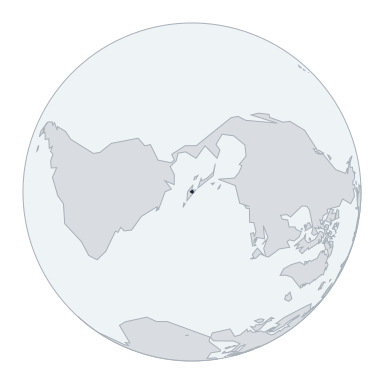 the Earth from above Centre, rotated 114°
{"feature_id": "HTI-1385", "entity_name": "Centre", "entity_type": "Department", "adm_level": 1, "iso_a3": "HTI", "parent_name": "Haiti", "parent_adm1": "", "projection": "orthographic", "projection_center": [-71.937, 19.008], "detail": "fine", "context": "on_globe", "style": "filled", "palette": "slate", "viewbox_px": 384, "rotation_deg": 114, "n_neighbors": 0, "source": "natural_earth", "source_scale": "10m", "svg_char_len": 9427}
<svg xmlns="http://www.w3.org/2000/svg" viewBox="0 0 384 384"><g transform="rotate(114 192 192)"><circle cx="192" cy="192" r="169" fill="#eef3f6" stroke="#a8b0b8"/><path d="M173.8,223.0L169.9,221.1L165.9,225.9L152.5,217.1L147.9,206.9L108.0,186.4L104.2,180.6L104.7,172.2L94.4,142.1L97.5,169.2L92.9,163.3L89.8,153.2L92.3,151.4L91.2,137.3L87.6,131.2L89.8,114.2L102.3,95.2L103.1,98.7L106.0,94.2L105.2,89.6L104.1,87.8L113.1,69.9L112.5,59.3L106.7,59.9L112.4,57.1L97.7,61.5L93.8,60.5L101.6,59.3L105.1,57.6L104.2,55.5L107.5,53.4L109.0,51.3L113.0,49.1L117.3,49.2L120.0,47.9L119.2,46.6L122.8,44.0L123.6,46.0L129.9,41.8L138.2,42.3L137.1,51.5L145.1,51.7L152.9,61.5L155.7,59.4L160.3,62.5L165.2,61.4L165.3,64.0L169.1,61.0L168.1,58.9L169.5,56.9L172.2,56.3L172.8,59.3L171.5,60.1L173.1,60.6L172.2,62.5L174.2,61.2L174.6,65.3L178.4,60.4L182.1,63.0L181.2,65.9L175.9,66.7L160.8,77.2L158.3,81.3L160.1,85.9L174.7,91.8L174.1,96.3L177.3,101.6L180.1,98.4L178.6,93.2L184.5,89.0L182.0,83.7L184.0,81.4L183.6,76.0L189.4,75.8L195.3,78.8L196.0,83.5L198.7,85.1L202.7,80.2L208.5,89.1L220.2,95.6L221.0,98.3L214.3,103.6L202.4,104.3L193.7,113.2L205.2,106.7L207.2,114.4L210.0,115.6L213.3,115.0L214.8,111.9L216.7,114.7L206.0,121.6L204.1,119.2L207.5,116.8L202.0,117.5L194.8,123.0L196.3,127.0L183.8,132.8L184.8,135.8L182.6,139.1L181.9,133.7L182.9,143.8L168.5,155.0L169.6,173.2L162.1,159.0L155.6,157.1L147.7,157.1L147.7,160.0L137.2,157.2L127.6,162.7L123.7,176.8L127.0,188.0L138.7,189.4L142.4,183.5L151.0,182.8L144.5,198.9L159.6,202.0L157.9,214.1L162.2,220.5L169.9,219.1L177.7,222.2L183.4,215.2L192.5,211.3L192.7,221.2L197.7,212.1L202.8,216.7L221.0,215.5L219.6,217.9L234.9,228.3L251.3,231.7L255.2,238.2L253.2,242.7L258.9,243.2L259.0,246.0L281.3,246.6L292.5,251.1L292.0,260.5L282.3,272.9L272.7,295.4L255.0,304.7L250.0,313.1L235.4,325.4L224.8,325.5L227.3,330.4L221.0,333.8L214.0,334.4L212.4,337.8L207.1,338.1L210.3,340.1L201.6,344.5L203.7,347.5L197.2,350.5L198.8,352.0L196.5,352.0L193.9,352.6L193.6,353.4L186.6,352.0L184.9,348.2L187.6,346.3L184.5,345.9L190.3,340.3L186.9,341.5L188.1,332.3L193.2,324.1L196.9,297.8L193.3,292.2L180.4,285.5L164.8,263.1L169.0,253.9L165.6,249.3L176.7,236.0L173.8,223.0ZM33.1,145.9L34.4,142.1L34.0,145.1L33.1,145.9ZM35.0,139.5L34.5,140.8L34.8,139.6L35.0,139.5ZM35.0,138.4L35.0,139.2L34.9,138.6L35.0,138.4ZM34.9,137.3L35.0,137.7L35.0,137.8L34.9,137.3ZM168.5,179.3L185.8,188.2L175.9,189.2L177.8,187.6L173.4,184.0L165.3,180.6L156.6,182.2L168.5,179.3ZM35.4,134.7L35.5,133.9L35.4,134.7ZM176.5,169.5L173.5,168.8L176.5,168.7L176.5,169.5ZM103.0,87.5L104.9,89.9L104.3,95.0L102.3,93.2L103.0,87.5ZM104.6,78.6L106.4,78.8L103.0,83.1L103.0,81.6L104.6,78.6ZM101.9,61.1L102.8,62.2L100.7,61.9L101.9,61.1ZM108.4,51.5L107.1,51.9L108.5,50.7L108.4,51.5ZM180.4,76.5L181.9,76.2L181.2,77.3L180.4,76.5ZM178.7,74.5L176.8,76.0L175.7,75.3L176.9,74.3L178.7,74.5ZM115.9,46.4L118.4,44.6L116.6,46.4L115.9,46.4ZM181.4,72.9L174.0,73.8L172.2,72.6L175.3,68.3L181.4,72.9ZM120.4,43.5L126.5,39.5L124.1,40.0L134.3,36.8L125.8,40.9L123.9,43.0L123.0,42.5L120.4,43.5ZM166.6,58.5L167.8,60.7L164.2,59.6L166.6,58.5ZM164.0,58.3L151.1,58.4L150.8,55.2L155.1,55.6L152.6,52.2L158.8,50.5L161.5,52.0L160.5,54.3L163.6,52.0L164.0,58.3ZM139.0,35.9L141.1,35.1L139.8,35.9L139.0,35.9ZM169.7,56.1L167.2,56.3L166.7,53.4L171.7,52.5L170.2,53.7L169.7,56.1ZM148.9,52.3L149.5,50.3L154.6,48.2L155.5,47.2L158.9,50.2L148.9,52.3ZM171.8,54.0L174.3,52.2L177.0,53.1L172.2,55.8L171.8,54.0ZM164.4,53.0L164.4,51.7L166.1,52.1L164.4,53.0ZM188.2,55.6L185.2,55.5L184.7,53.9L188.2,55.6ZM175.0,51.5L174.1,51.3L173.5,50.7L175.7,49.8L175.0,51.5ZM162.2,48.7L164.3,48.4L161.1,47.3L164.8,46.0L166.4,48.4L167.3,46.8L168.4,46.4L168.5,48.8L162.2,48.7ZM176.2,47.3L179.5,50.3L185.3,50.6L186.0,51.9L176.5,51.3L176.2,47.3ZM171.7,48.0L174.6,47.8L173.9,49.4L171.4,50.4L171.7,48.0ZM166.8,44.4L160.7,45.8L160.5,45.2L166.8,44.4ZM178.1,47.1L177.2,46.4L178.6,46.9L178.1,47.1ZM170.4,44.8L168.3,45.3L168.2,44.6L170.4,44.8ZM177.4,44.7L178.4,45.6L176.8,46.3L177.4,44.7ZM174.3,44.5L174.7,43.5L175.5,46.0L173.3,44.8L174.3,44.5ZM170.7,44.1L169.9,43.9L171.6,44.0L170.7,44.1ZM183.0,41.9L184.5,44.9L180.8,46.3L179.9,43.1L183.0,41.9ZM198.3,354.8L187.1,352.5L193.4,353.6L197.9,352.3L203.7,353.9L198.3,354.8ZM211.4,351.0L216.6,349.9L217.8,350.3L214.5,351.1L211.4,351.0ZM322.9,85.1L325.7,89.3L321.1,84.5L313.0,74.2L311.5,72.6L322.9,85.1ZM305.1,66.5L304.7,66.2L299.0,61.2L303.7,65.5L305.2,66.6L308.2,69.6L307.1,68.8L305.1,66.9L305.3,67.7L314.7,77.2L317.2,79.3L320.5,85.4L325.0,89.9L327.6,93.8L320.9,87.8L318.1,84.6L309.5,80.9L312.8,84.6L321.1,88.6L320.6,89.2L325.1,95.2L321.2,91.2L311.2,86.6L311.2,93.3L319.2,111.8L317.5,115.9L312.5,116.1L301.6,101.5L306.6,94.2L302.8,89.7L294.9,86.0L297.1,84.3L294.5,82.2L295.7,79.6L290.7,71.9L290.9,69.2L282.5,62.8L281.4,60.8L286.7,65.0L290.5,66.8L290.3,61.2L288.3,59.1L282.8,55.6L283.4,54.8L278.2,52.2L274.8,48.3L274.5,51.1L268.1,47.9L262.5,44.1L260.3,43.8L269.4,50.1L273.0,52.3L276.3,53.2L286.2,60.6L287.7,63.4L277.1,58.1L278.0,61.8L269.3,56.8L250.3,41.7L245.6,37.7L251.6,36.2L256.4,38.3L256.7,39.7L262.4,40.7L259.1,39.5L259.6,39.1L253.6,36.6L253.7,36.2L247.8,34.7L247.2,34.0L250.9,35.0L241.5,31.4L238.6,30.0L236.4,29.4L234.9,29.2L232.1,28.0L230.7,27.6L231.0,27.9L228.3,27.5L222.4,26.6L221.8,26.2L223.8,26.4L227.1,26.8L231.1,27.6L242.8,30.8L254.1,34.9L265.2,39.7L275.9,45.3L286.1,51.7L295.9,58.8L305.1,66.5ZM227.3,26.8L226.8,26.7L222.8,26.2L219.5,25.8L220.7,25.7L220.0,25.7L218.1,25.4L215.7,24.9L214.0,25.0L194.3,24.2L187.6,23.7L190.9,23.3L176.5,24.1L170.1,24.5L170.4,24.6L163.7,25.7L165.6,25.5L165.3,25.7L149.0,29.7L144.7,30.8L138.0,33.6L138.2,33.8L141.0,33.1L134.3,36.8L124.1,40.0L124.2,39.4L117.7,42.3L118.9,40.6L117.0,41.0L122.1,38.2L121.2,38.6L125.5,36.7L127.1,36.2L126.5,36.3L127.3,35.9L129.7,35.0L130.3,34.7L141.9,30.6L153.8,27.4L166.0,25.1L178.2,23.6L190.6,23.0L202.9,23.4L215.2,24.6L227.3,26.8ZM352.3,245.4L352.8,243.7L356.8,229.5L358.5,220.4L358.7,204.0L359.0,191.3L358.0,187.8L356.7,191.7L355.1,187.5L353.9,189.1L343.4,204.0L337.6,200.0L324.7,182.4L324.8,171.8L320.4,161.8L317.3,116.8L321.6,115.5L324.8,101.6L326.1,101.4L331.2,109.3L337.9,110.6L333.7,102.6L334.4,101.1L333.9,100.2L340.3,111.0L345.9,122.3L350.7,134.0L354.6,146.0L357.6,158.3L359.6,170.7L360.7,183.3L360.9,195.9L360.2,208.5L358.5,221.0L355.8,233.3L352.3,245.4ZM324.2,136.6L325.7,139.7L325.7,139.8L324.2,136.6ZM221.6,215.4L223.7,217.1L220.9,217.4L221.6,215.4ZM174.5,193.3L178.1,193.6L180.0,195.2L177.2,195.6L174.5,193.3ZM205.5,193.3L209.7,194.0L205.3,195.0L205.5,193.3ZM188.5,189.3L202.1,193.1L193.5,196.2L184.9,193.9L190.9,193.0L188.5,189.3ZM174.7,175.3L177.0,176.1L176.3,177.9L174.7,175.3ZM178.7,169.5L177.8,169.7L176.7,168.1L178.7,169.5ZM207.8,113.9L208.7,113.5L212.1,113.6L210.5,114.9L207.8,113.9ZM226.9,107.0L229.5,111.6L226.5,109.0L224.9,111.4L216.6,109.5L221.0,99.6L220.5,104.2L226.9,107.0ZM206.7,104.8L211.5,106.7L206.1,105.0L206.7,104.8ZM279.1,74.5L281.7,74.7L284.5,77.6L284.2,82.4L280.1,78.1L279.1,74.5ZM284.7,74.4L274.3,68.6L274.1,65.9L276.0,68.3L276.9,67.1L280.2,70.7L290.1,74.3L293.3,77.2L291.0,83.6L290.0,79.7L287.5,79.6L284.7,74.4ZM248.1,63.2L243.5,61.8L248.9,57.4L252.5,59.2L252.4,63.7L248.1,64.3L248.1,63.2ZM188.3,65.5L186.2,66.2L186.1,65.2L187.7,63.9L188.3,65.5ZM186.9,55.7L197.2,62.2L195.4,63.1L203.6,66.4L202.0,70.3L196.7,67.9L201.6,73.6L196.1,73.0L200.0,76.8L188.3,71.1L183.6,71.2L189.5,69.5L191.2,65.9L190.5,64.4L185.0,60.3L175.7,59.2L175.8,55.8L178.4,53.8L180.7,53.5L179.9,55.7L183.5,53.8L184.0,56.8L186.9,55.7ZM208.6,37.9L206.8,39.4L214.1,38.3L214.7,40.4L215.5,40.1L218.1,41.9L222.6,43.7L222.0,44.7L224.0,45.1L225.8,46.4L228.3,47.3L228.3,49.5L231.4,50.8L229.6,51.2L235.0,52.9L231.0,52.7L232.8,54.7L235.7,53.9L229.3,66.0L229.7,72.1L232.3,77.6L225.0,77.0L218.0,71.8L212.2,65.0L212.8,59.6L209.5,60.6L208.8,58.4L211.7,58.5L206.8,57.0L207.0,55.3L201.8,50.7L194.4,50.2L192.4,48.7L195.3,48.1L191.2,47.1L195.4,45.1L194.0,44.0L196.7,41.3L203.3,41.0L201.2,40.0L203.2,38.1L208.6,37.9ZM184.0,41.2L191.7,39.8L195.8,40.5L189.3,45.2L190.0,46.4L185.9,49.9L180.1,49.0L181.8,48.0L182.0,46.9L183.8,47.6L182.6,46.2L184.9,44.9L184.6,43.6L187.2,43.4L184.0,41.2ZM324.3,97.5L324.7,96.8L324.6,95.1L327.4,99.0L324.3,97.5ZM317.7,94.4L317.6,93.1L321.6,97.3L321.1,98.2L317.7,94.4ZM314.1,89.1L317.3,92.7L315.3,91.3L314.1,89.1ZM286.3,63.8L285.7,62.4L287.0,63.1L288.9,64.8L286.3,63.8ZM230.5,36.7L228.8,37.0L227.8,36.6L222.1,36.2L221.2,34.8L224.3,34.6L230.5,36.7ZM328.5,94.4L329.0,94.0L329.3,95.5L328.5,94.4ZM228.6,35.1L226.4,35.1L227.3,34.5L228.6,35.1ZM220.2,33.9L220.8,33.1L220.4,34.6L220.2,33.9ZM217.8,26.8L226.8,28.6L232.7,29.6L235.1,29.7L235.6,30.7L226.5,29.0L217.8,26.8ZM197.3,24.4L195.3,24.9L193.6,24.6L193.8,24.4L197.3,24.4ZM197.9,24.8L200.2,25.7L197.4,25.9L196.1,25.1L197.9,24.8ZM214.8,29.4L217.5,30.0L216.7,30.3L214.8,29.4ZM140.4,35.0L141.1,35.1L139.3,35.5L140.4,35.0ZM166.5,25.5L165.7,25.9L163.6,26.1L166.5,25.5ZM162.4,27.0L165.3,26.5L162.5,27.2L162.4,27.0ZM171.8,25.4L166.6,26.3L171.2,25.3L171.8,25.4Z" fill="#d9dde1" stroke="#a8b0b8" stroke-width="1"/><path d="M192.5,191.2L192.6,191.3L192.8,191.4L192.8,191.6L192.7,191.7L192.6,191.8L192.4,192.0L192.2,192.1L192.3,192.2L192.5,192.3L192.6,192.5L192.6,192.8L192.4,193.0L192.4,192.9L192.2,192.8L191.8,192.8L191.5,192.9L191.3,192.8L191.1,192.7L190.9,192.5L190.8,192.4L191.1,192.4L191.2,192.2L191.2,191.8L191.2,191.7L191.1,191.3L191.3,191.1L191.4,191.3L191.5,191.3L191.7,191.1L191.9,191.0L192.0,191.1L192.3,191.2L192.5,191.2L192.5,191.2Z" fill="#64748b" stroke="#1e293b" stroke-width="1.5"/></g></svg>